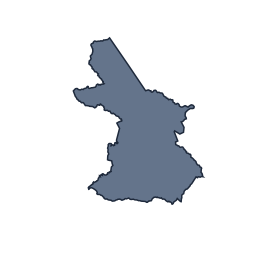 outline of Xapuri, Acre, Brazil, rotated 56°
{"feature_id": "56859067B13155067535886", "entity_name": "Xapuri", "entity_type": "district", "adm_level": 2, "iso_a3": "BRA", "parent_name": "Brazil", "parent_adm1": "Acre", "projection": "mercator", "projection_center": [-68.519, -10.611], "detail": "fine", "context": "isolated", "style": "filled", "palette": "slate", "viewbox_px": 256, "rotation_deg": 56, "n_neighbors": 0, "source": "geoboundaries", "source_scale": "gbopen_adm2", "svg_char_len": 5887}
<svg xmlns="http://www.w3.org/2000/svg" viewBox="0 0 256 256"><g transform="rotate(56 128 128)"><path d="M88.5,147.8L90.4,145.3L92.7,144.3L92.9,143.1L92.6,142.6L92.4,141.5L91.9,141.0L91.7,140.3L92.0,139.8L92.9,139.3L93.2,138.9L93.3,138.4L92.7,138.0L92.7,137.4L93.2,137.2L94.6,136.9L96.2,136.2L96.8,136.1L97.3,136.5L98.5,136.6L99.4,137.2L99.6,137.6L100.2,137.4L100.8,137.0L101.7,135.3L103.2,134.8L103.7,133.9L104.1,133.5L105.6,133.8L106.2,133.7L106.8,133.2L107.3,133.2L107.6,131.9L108.8,131.6L109.6,131.1L111.0,131.1L112.1,130.4L112.9,129.6L113.5,129.4L114.6,129.6L116.0,129.3L116.7,129.0L116.9,128.5L118.6,129.1L118.6,129.8L118.2,130.1L118.1,130.7L118.2,131.3L117.8,132.2L117.7,134.5L123.6,135.2L131.7,144.4L133.1,144.8L134.5,144.6L135.0,145.4L134.7,146.0L133.2,146.2L133.0,147.3L134.1,148.2L134.3,148.8L134.8,148.9L134.5,149.8L133.9,149.7L133.4,150.2L133.2,151.0L133.4,151.6L133.2,152.0L132.4,150.7L131.5,150.7L130.5,152.0L130.3,152.6L130.9,154.0L131.7,154.2L133.3,156.2L134.5,156.4L136.5,158.0L136.9,158.2L137.3,158.0L138.9,158.7L139.4,159.9L140.1,160.6L142.9,162.7L143.6,162.3L146.1,159.9L149.1,161.2L150.5,161.4L151.1,163.6L153.9,166.2L154.6,166.3L154.5,167.0L154.1,167.5L154.5,168.1L154.6,168.8L154.0,168.9L153.8,169.9L154.3,170.6L154.9,170.9L154.6,171.3L154.8,172.1L154.2,173.3L153.3,173.9L152.3,174.1L151.9,174.5L151.7,174.9L152.9,175.7L151.8,176.2L151.7,176.6L152.1,177.1L152.0,177.6L151.6,178.1L152.8,178.3L152.2,178.8L152.8,179.7L153.1,180.7L154.3,181.9L154.6,183.0L154.3,183.4L154.6,184.5L154.3,185.1L154.4,186.1L154.2,186.6L153.5,186.7L153.8,187.7L154.5,188.0L154.5,188.4L155.0,188.8L154.6,189.6L154.9,190.3L154.7,191.0L154.9,191.4L154.9,193.3L155.3,194.3L156.8,194.8L156.9,194.2L156.5,193.2L156.8,192.3L157.2,191.6L158.4,190.8L160.7,189.8L162.5,189.3L164.2,189.5L164.6,189.8L164.7,190.3L165.2,190.6L165.8,190.4L166.3,190.1L166.9,189.0L167.5,188.5L168.8,188.0L169.1,187.5L170.0,187.2L171.3,187.1L172.1,186.8L172.5,187.1L173.6,186.9L174.0,186.7L174.7,186.0L174.9,185.3L175.6,184.8L176.1,184.8L176.7,184.4L178.5,182.4L179.5,182.1L180.0,181.7L181.0,179.7L181.0,178.6L181.2,177.6L181.5,177.0L181.4,176.4L182.2,174.8L182.7,174.5L183.2,173.9L183.9,173.8L184.5,173.4L185.1,171.1L184.9,169.8L185.7,169.2L185.9,168.8L186.5,166.5L188.3,166.1L189.1,165.2L190.0,163.4L191.4,162.5L192.2,161.5L192.4,161.1L194.3,159.7L195.0,158.6L195.9,158.1L198.5,154.8L200.0,154.1L200.4,153.4L200.2,151.5L200.6,151.1L200.6,150.5L201.2,149.8L201.3,149.2L200.3,147.6L200.1,146.1L199.9,145.6L200.2,145.1L200.4,144.1L201.7,143.0L201.6,142.5L202.1,142.4L203.2,141.2L203.9,140.8L204.6,139.9L204.6,139.4L206.2,139.2L206.5,138.8L206.8,138.2L207.9,137.3L209.1,137.3L211.3,136.4L211.6,136.0L211.4,135.6L211.6,135.0L212.2,135.0L212.7,134.7L213.0,134.1L214.6,133.7L215.0,134.0L215.7,134.1L216.0,133.6L215.7,133.2L215.8,132.7L215.0,131.5L214.9,128.2L214.0,126.6L218.3,125.6L218.8,125.1L216.3,123.1L216.1,122.5L214.3,121.4L213.7,120.8L213.5,119.8L213.6,118.6L212.1,117.1L211.7,116.5L211.2,114.4L211.7,112.9L210.8,109.4L210.7,108.9L210.0,108.1L209.8,106.3L206.6,98.9L207.6,98.5L208.1,98.1L207.7,97.2L208.0,96.5L208.8,96.0L209.2,95.5L209.3,94.2L210.3,93.1L209.5,93.3L209.2,92.8L208.7,92.5L208.1,92.5L207.6,92.2L206.9,92.0L205.7,92.3L202.9,90.1L202.8,89.7L202.4,89.4L201.3,89.5L200.6,90.1L199.1,89.8L198.5,89.9L198.1,90.5L197.4,91.0L196.1,91.0L195.0,90.9L194.1,90.5L193.3,90.5L191.9,90.9L191.6,91.2L191.1,91.0L188.9,91.4L187.5,92.2L185.5,91.0L184.5,91.1L184.3,91.7L182.8,92.1L181.7,93.2L181.0,93.4L180.6,92.8L179.7,93.1L179.1,92.9L177.7,93.1L177.1,93.5L176.6,93.2L174.4,93.3L173.9,93.9L173.3,95.4L172.8,95.7L171.6,95.8L171.1,96.0L170.5,96.7L170.1,96.7L168.4,97.7L166.2,96.4L166.6,94.0L157.0,91.8L156.5,90.9L162.0,88.4L162.6,84.4L158.8,81.2L152.7,80.5L153.1,79.6L153.1,77.9L152.5,76.3L153.0,74.5L151.9,74.0L150.2,74.0L149.0,73.3L148.0,72.3L147.4,72.0L147.1,71.2L147.1,70.4L146.8,69.6L146.6,67.8L146.7,66.1L146.6,65.6L148.0,63.6L148.1,62.9L148.4,62.6L148.0,61.9L147.5,61.3L147.0,61.2L145.5,61.4L144.4,62.3L144.1,62.9L144.0,64.8L144.2,66.5L143.3,67.2L142.8,67.2L142.2,67.8L141.6,68.0L141.3,68.6L141.1,70.9L140.7,71.8L140.2,72.3L138.6,73.1L137.3,72.6L135.8,72.8L135.3,73.2L135.1,73.8L135.3,74.4L135.2,74.8L134.2,75.6L133.2,75.4L132.4,75.9L131.5,76.2L130.9,75.7L129.8,75.2L129.2,75.6L129.0,76.3L127.7,76.9L127.3,78.5L126.7,78.7L126.1,78.5L125.6,78.5L124.9,79.3L124.4,79.5L123.7,79.3L121.9,80.4L119.1,80.1L118.4,80.1L117.9,80.4L117.1,81.6L115.7,82.3L115.0,83.8L114.4,83.9L112.5,83.9L111.9,84.3L111.4,85.5L111.8,86.3L111.9,87.5L111.7,88.0L111.3,88.4L110.8,88.6L109.9,88.2L109.5,88.9L108.0,89.6L107.6,90.3L107.0,92.5L106.4,92.6L75.9,92.6L43.0,92.9L43.3,95.4L42.4,97.2L42.2,97.9L41.4,98.9L41.7,100.0L41.5,100.6L40.5,101.8L40.2,102.9L39.2,104.4L38.8,105.6L37.3,106.9L37.2,107.6L37.5,108.8L38.1,109.3L37.8,111.3L38.1,112.0L39.0,112.6L40.4,112.6L41.6,113.0L42.4,112.9L44.8,114.3L46.7,116.5L47.3,119.0L48.3,119.4L49.8,119.8L50.5,121.0L50.8,122.8L52.0,123.4L52.1,123.9L53.0,124.5L53.8,124.5L54.3,124.2L54.6,123.8L55.8,123.9L57.5,123.7L58.3,124.4L59.2,124.4L59.5,123.9L62.5,124.0L63.1,123.9L63.5,123.1L63.9,122.9L64.4,122.7L66.0,122.7L66.5,122.3L67.3,123.6L68.0,123.6L68.5,123.0L69.7,123.4L71.0,123.1L71.5,123.1L72.5,122.6L73.1,123.0L73.9,122.7L75.1,122.8L75.6,123.1L75.8,122.7L76.7,123.3L77.3,123.4L77.9,123.1L77.9,123.7L76.7,125.9L77.0,126.4L76.8,127.0L76.2,127.2L76.1,127.9L75.8,128.3L75.2,128.2L74.6,128.7L74.7,130.2L75.5,131.1L75.9,132.1L74.8,134.8L74.2,135.8L73.7,137.7L73.4,138.1L72.1,138.5L71.4,137.8L70.9,138.2L70.9,138.9L71.4,139.8L71.4,140.5L71.4,141.0L70.8,142.2L71.0,143.7L70.5,144.0L69.9,144.8L69.8,146.2L69.4,146.7L68.2,147.8L67.3,147.8L66.7,148.2L66.2,149.2L66.1,149.9L66.7,152.6L72.4,154.0L74.0,153.8L75.3,154.2L76.4,153.6L77.0,153.8L78.5,153.5L79.1,152.7L80.8,152.5L81.4,152.1L81.5,151.5L81.8,151.0L82.3,150.8L85.6,150.8L86.5,149.5L87.9,148.0L88.5,147.8Z" fill="#64748b" stroke="#1e293b" stroke-width="1.5"/></g></svg>